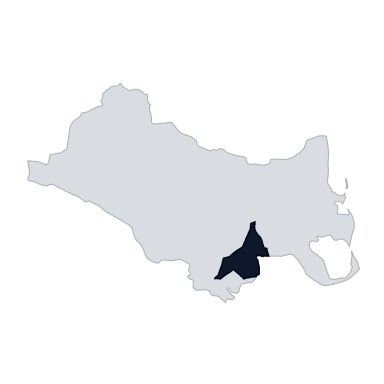 Gubadag, Tashauz, Turkmenistan (highlighted), rotated 177°
{"feature_id": "10190150B74382957458545", "entity_name": "Gubadag", "entity_type": "district", "adm_level": 2, "iso_a3": "TKM", "parent_name": "Turkmenistan", "parent_adm1": "Tashauz", "projection": "orthographic", "projection_center": [57.511, 41.081], "detail": "fine", "context": "in_parent", "style": "filled", "palette": "ink", "viewbox_px": 384, "rotation_deg": 177, "n_neighbors": 0, "source": "geoboundaries", "source_scale": "gbopen_adm2", "svg_char_len": 4776}
<svg xmlns="http://www.w3.org/2000/svg" viewBox="0 0 384 384"><g transform="rotate(177 192 192)"><path d="M106.2,123.2L124.1,124.4L129.6,125.2L131.9,122.6L131.7,122.0L130.9,121.4L129.6,119.6L128.5,107.4L130.0,105.7L131.8,104.4L134.4,100.6L135.8,99.5L137.8,98.5L144.6,98.2L147.4,97.5L149.8,93.1L150.3,90.6L152.1,88.5L153.2,88.6L157.8,90.2L158.7,91.1L160.3,94.3L162.0,94.1L162.3,93.6L162.1,92.9L160.7,90.9L157.9,87.3L155.0,85.1L154.8,84.3L157.2,82.5L162.0,83.2L163.2,82.6L164.4,79.7L170.8,86.1L172.0,86.7L177.1,87.5L178.0,88.4L179.8,92.1L181.5,93.1L183.7,93.7L192.7,93.6L195.6,96.1L196.1,96.7L195.6,98.4L195.5,101.8L194.8,103.2L195.3,103.8L198.6,105.1L200.5,107.2L200.7,108.1L200.2,108.8L198.7,108.5L198.0,109.5L198.0,111.3L199.2,112.9L199.5,114.5L198.1,118.0L198.1,119.5L198.6,120.3L207.0,125.4L208.3,125.5L216.3,124.2L217.8,124.8L224.8,125.7L226.7,125.4L228.0,123.6L229.2,122.9L230.4,122.8L233.7,123.7L237.4,125.9L239.8,127.8L241.0,129.7L244.7,139.9L247.1,144.0L249.7,146.1L251.7,150.1L253.7,158.8L254.7,160.6L258.8,163.9L279.3,177.0L285.7,183.1L295.4,188.5L298.7,187.6L306.4,193.6L311.2,195.7L317.5,199.2L330.8,207.0L333.5,207.1L336.4,205.6L339.1,206.1L344.0,207.9L349.4,210.8L353.8,211.6L355.2,213.0L355.3,213.8L353.3,218.4L353.5,224.0L354.5,231.4L353.3,231.7L344.6,230.4L336.1,226.6L334.3,228.3L333.4,229.9L331.9,236.6L321.0,238.0L314.7,241.7L310.4,263.1L309.2,265.8L305.8,269.5L299.7,273.4L298.8,274.8L298.6,276.1L297.9,276.6L294.3,276.8L281.1,282.4L278.1,282.5L277.0,283.0L276.5,283.8L278.2,287.9L277.1,289.2L276.3,291.3L275.9,295.0L267.2,301.2L265.3,302.0L261.7,301.7L259.9,302.4L258.1,304.3L257.1,303.8L256.6,302.0L255.6,300.9L249.8,296.6L243.4,297.6L241.0,297.4L239.0,296.7L236.0,294.2L234.0,291.8L232.0,292.2L231.4,291.0L231.3,289.6L231.8,287.9L231.5,284.8L230.3,282.6L228.9,281.6L230.2,277.9L230.1,275.2L229.1,272.3L228.6,268.0L228.7,263.9L227.4,261.8L208.7,262.6L201.8,253.1L199.0,250.9L189.6,247.0L187.0,244.8L184.9,242.5L184.3,239.2L183.2,237.2L181.8,236.9L174.5,233.2L171.6,232.2L167.7,233.3L165.3,232.2L162.6,233.7L161.5,233.8L158.5,232.9L154.8,229.4L151.8,228.1L145.4,225.8L140.9,225.1L137.0,223.8L136.5,223.3L136.4,220.3L135.9,219.1L134.8,217.6L133.2,216.5L126.4,216.6L123.3,215.5L120.9,215.2L115.5,215.4L113.7,216.2L112.7,217.1L112.0,220.0L111.5,220.4L106.2,220.4L95.1,219.5L90.4,220.9L83.1,225.1L78.9,228.7L77.6,230.3L74.9,236.9L73.8,237.8L72.4,238.5L70.9,238.6L64.2,240.9L61.6,241.5L55.0,240.9L53.8,231.1L53.6,223.3L54.7,212.7L54.7,205.8L56.1,195.4L55.8,192.8L52.7,188.1L52.4,184.9L50.3,184.6L47.2,181.7L44.0,180.5L42.4,180.4L40.9,181.1L39.7,182.6L39.1,180.1L39.2,177.6L42.1,172.4L43.6,174.0L45.5,174.8L50.4,174.7L50.0,172.8L47.6,170.9L47.2,168.5L47.5,166.0L48.3,163.7L47.5,162.7L46.4,162.1L43.8,162.0L36.9,160.8L36.0,163.5L37.7,167.2L34.8,162.9L32.8,158.6L31.7,153.5L31.8,148.2L34.9,139.7L37.5,129.3L39.9,133.9L41.8,135.9L45.9,137.4L48.0,137.2L50.3,136.1L52.4,136.6L55.6,141.3L57.9,141.9L63.0,140.4L65.4,140.1L67.4,141.0L69.5,141.1L68.6,138.9L68.3,136.8L69.6,135.7L73.5,137.0L76.7,135.9L77.2,135.4L77.6,133.6L77.3,130.0L76.6,128.4L74.9,126.2L68.1,120.9L65.9,118.8L64.1,116.1L61.3,105.5L59.2,98.7L58.3,97.9L54.4,97.2L46.8,98.4L44.1,98.0L42.8,98.6L39.6,101.3L38.0,103.6L35.7,109.0L37.2,110.8L35.5,120.1L36.0,124.1L35.7,124.3L33.7,119.3L30.8,114.2L28.7,106.5L33.5,101.9L37.5,98.6L41.8,96.2L46.2,94.7L55.9,92.4L61.3,91.7L65.6,91.7L68.9,93.5L77.7,99.8L81.5,103.3L82.6,104.7L83.5,108.0L89.9,118.8L91.4,120.3L93.9,123.7L96.4,124.8L106.2,123.2ZM38.0,196.4L37.7,197.8L36.6,193.5L36.2,188.8L37.1,187.5L38.0,187.6L37.1,189.3L38.0,196.4Z" fill="#d9dde1" stroke="#a8b0b8" stroke-width="1"/><path d="M171.4,104.3L168.2,103.7L163.2,107.3L157.4,110.5L155.0,112.6L148.7,106.9L147.6,105.4L146.3,104.5L146.2,104.4L144.9,102.5L144.1,102.8L143.0,102.9L142.4,103.1L141.8,103.4L141.0,103.4L140.6,103.4L140.5,103.5L138.3,103.6L138.2,103.8L138.1,104.0L134.4,103.9L134.2,104.2L132.4,104.1L132.0,105.5L129.4,106.1L129.1,109.2L128.9,112.2L129.0,114.7L129.6,117.3L129.9,120.7L131.8,122.7L130.3,125.2L128.3,125.2L124.5,123.9L123.2,124.4L118.7,124.0L119.5,127.1L120.1,129.5L120.1,130.4L120.3,131.7L122.7,132.3L122.8,132.3L123.4,133.9L123.7,134.8L124.3,137.6L124.8,139.7L124.8,139.8L125.7,142.4L126.7,143.9L128.6,146.0L130.4,149.1L131.3,151.7L131.3,153.4L131.4,153.5L131.3,154.2L131.3,155.9L131.3,156.0L131.2,156.0L130.8,156.5L130.8,158.7L130.8,158.9L131.2,158.7L134.8,157.5L134.9,157.4L135.3,154.7L135.8,151.5L135.9,151.3L136.4,150.6L137.8,148.0L138.1,147.2L139.3,144.7L140.3,143.2L140.5,142.3L144.4,134.5L144.9,134.1L146.2,133.4L150.6,131.0L154.0,128.6L158.0,125.4L160.9,124.8L164.0,124.2L164.6,122.4L165.8,118.1L167.5,114.1L168.9,110.8L170.2,107.5L173.0,105.5L173.7,104.5L173.6,104.2L172.8,104.4L172.5,104.5L171.4,104.3Z" fill="#0f172a" stroke="#020617" stroke-width="1.5"/></g></svg>